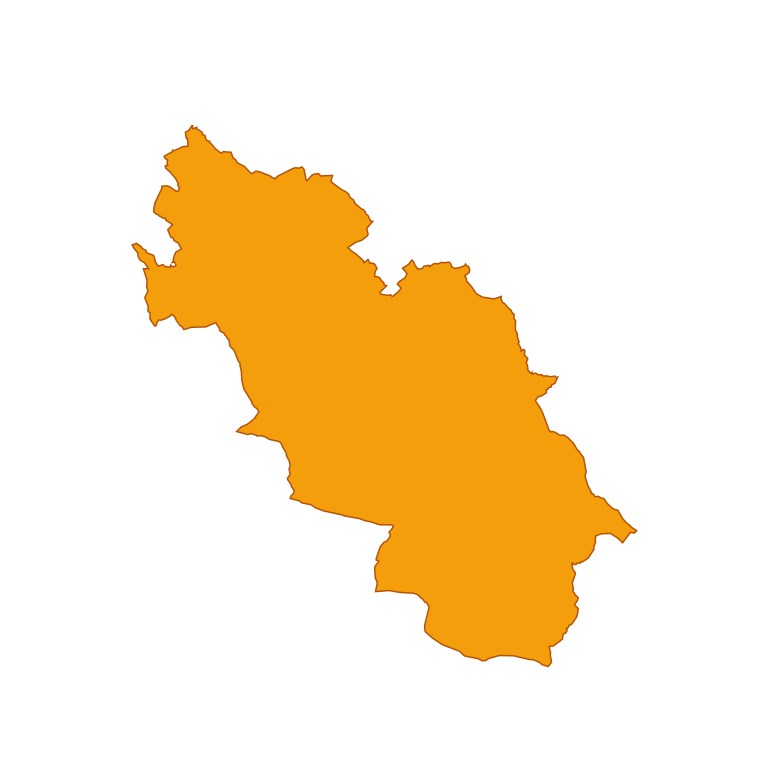 outline of Ski nor, Akershus, Norway, rotated 139°
{"feature_id": "86288312B53332495919573", "entity_name": "Ski nor", "entity_type": "district", "adm_level": 2, "iso_a3": "NOR", "parent_name": "Norway", "parent_adm1": "Akershus", "projection": "albers", "projection_center": [10.885, 59.725], "detail": "fine", "context": "isolated", "style": "filled", "palette": "amber", "viewbox_px": 768, "rotation_deg": 139, "n_neighbors": 0, "source": "geoboundaries", "source_scale": "gbopen_adm2", "svg_char_len": 6139}
<svg xmlns="http://www.w3.org/2000/svg" viewBox="0 0 768 768"><g transform="rotate(139 384 384)"><path d="M445.4,63.0L440.1,64.1L436.1,70.7L434.7,71.7L431.6,77.5L428.1,75.2L416.7,74.4L412.6,77.8L410.2,76.8L407.7,77.8L406.4,79.2L406.8,79.7L406.5,80.0L404.5,79.4L402.8,80.4L400.4,79.5L396.4,80.4L391.7,81.7L386.6,85.2L386.3,86.3L384.7,86.9L385.2,92.1L384.8,92.6L380.7,93.4L377.7,95.2L378.1,99.8L377.4,101.5L377.6,103.6L375.6,104.9L372.4,110.4L364.1,115.1L363.4,116.3L362.9,120.7L359.8,125.3L358.8,125.1L359.2,123.9L357.7,121.8L355.9,122.1L353.0,120.0L351.8,120.7L350.8,119.5L344.1,118.7L334.2,121.4L332.4,123.5L327.9,125.9L327.8,126.7L323.9,130.4L318.6,128.6L311.1,122.6L308.6,114.2L308.1,107.6L295.8,110.2L294.4,109.5L293.1,107.4L289.6,107.5L291.4,114.5L291.1,115.4L292.1,120.1L292.2,125.8L290.3,135.4L292.6,138.7L293.5,141.8L293.9,147.3L293.2,153.4L295.1,155.7L296.0,158.7L298.5,160.4L298.7,161.6L298.2,164.0L299.1,165.4L298.0,168.0L297.0,173.1L293.0,182.2L288.8,185.4L281.6,197.7L281.4,202.6L280.8,204.6L281.3,206.6L281.1,208.7L279.9,215.0L280.5,223.9L281.0,224.2L281.5,227.1L285.0,230.1L286.2,234.4L287.5,237.1L289.8,238.6L289.5,239.6L289.9,240.4L282.9,259.0L281.8,263.5L280.8,271.4L280.2,272.4L275.8,273.3L273.5,271.8L267.7,270.8L266.3,271.5L265.5,273.3L263.4,272.6L262.1,273.3L259.7,272.1L258.8,273.3L254.4,272.4L248.3,275.3L249.8,275.9L250.1,277.1L249.8,277.8L253.4,280.1L256.6,284.2L258.0,284.6L258.9,286.6L258.8,287.5L261.5,289.6L262.3,292.3L263.5,293.6L264.9,293.8L265.2,294.6L264.7,295.5L265.8,294.9L266.0,296.8L266.6,297.4L266.2,298.2L266.3,300.8L265.4,301.1L263.3,304.4L262.9,306.6L258.8,308.9L259.0,313.7L255.7,317.0L255.8,318.3L258.7,319.0L258.0,319.5L256.6,323.8L256.4,326.4L254.7,326.8L252.5,331.9L250.5,334.4L249.2,338.9L243.3,345.3L242.7,348.7L240.1,351.1L240.4,353.2L240.8,353.2L239.7,356.3L240.3,360.0L240.2,365.5L241.1,367.5L239.7,371.9L238.1,373.1L245.2,376.1L252.7,385.0L255.1,391.6L254.1,399.6L254.1,407.8L252.6,409.6L252.1,412.6L246.7,412.3L244.5,413.8L243.2,416.7L244.0,419.7L243.8,421.0L245.4,420.4L250.1,422.0L254.8,424.8L256.0,427.9L254.8,430.8L254.8,433.1L259.7,436.6L260.5,438.0L264.0,439.0L267.3,442.1L272.8,442.7L272.2,444.1L276.7,446.7L280.0,446.1L283.1,448.9L282.6,453.7L281.5,456.7L281.6,459.2L287.3,458.2L294.1,459.2L294.2,452.2L298.5,450.3L305.5,451.3L308.0,450.7L308.5,450.4L308.1,448.0L308.4,445.0L312.2,444.3L319.8,444.3L320.4,445.3L320.4,447.0L322.8,448.3L327.1,453.3L327.2,455.3L326.0,455.9L317.5,456.4L318.8,458.6L317.8,460.8L318.2,464.2L317.5,466.0L317.8,468.0L320.6,471.5L316.5,474.9L313.5,475.7L312.4,480.6L313.7,483.1L315.3,484.3L314.4,488.4L319.6,488.6L318.7,491.1L319.9,500.5L321.4,506.1L321.6,509.3L322.0,509.7L321.7,510.7L312.2,509.4L306.6,507.1L299.1,506.7L297.6,507.7L295.0,512.8L285.8,514.1L287.2,515.8L285.6,521.5L286.2,523.9L285.2,526.4L285.0,528.5L286.2,531.2L287.4,538.9L286.3,542.7L287.3,547.3L286.2,550.0L286.5,553.5L288.6,559.1L291.1,570.2L290.7,572.2L286.0,575.2L295.5,582.7L295.2,584.8L295.6,585.9L298.8,588.0L301.0,588.9L308.7,588.0L308.6,589.7L303.6,598.3L303.5,601.6L307.1,603.0L308.6,605.1L310.9,606.3L327.8,610.6L331.5,610.4L333.1,613.5L333.3,615.4L338.7,625.9L341.1,628.7L345.3,629.2L346.3,631.4L346.6,639.8L349.6,647.3L348.8,650.1L349.5,653.8L347.4,659.3L353.1,664.9L355.4,664.9L355.9,666.6L356.9,672.1L356.8,679.1L357.3,680.6L356.3,681.6L357.2,682.3L357.9,684.5L357.2,687.5L356.2,688.2L356.3,689.5L357.4,691.4L356.3,692.7L356.2,693.8L357.3,697.9L358.3,699.5L356.9,700.5L360.9,702.2L360.0,704.1L359.0,704.4L359.6,705.0L365.1,703.4L368.7,704.4L371.9,699.4L372.0,698.5L371.2,698.4L375.7,692.0L379.9,695.0L388.7,697.5L390.2,699.2L391.2,698.2L400.5,700.1L401.1,698.1L400.6,694.9L403.2,692.5L403.7,690.8L406.0,692.1L407.1,690.3L406.4,684.3L406.5,675.6L407.9,670.1L409.2,669.5L409.7,666.4L412.2,664.6L414.4,665.7L416.3,673.4L417.5,675.7L421.8,679.0L423.5,677.3L438.4,670.8L439.3,669.4L440.2,669.4L444.0,666.1L444.9,664.7L444.5,664.1L444.6,661.9L443.5,660.2L443.4,657.9L442.6,657.0L442.3,654.7L440.3,652.4L440.5,651.2L441.3,650.9L439.0,643.1L446.1,642.2L448.6,634.4L447.3,632.4L448.4,630.0L446.7,625.3L448.5,618.7L454.6,620.1L457.5,618.7L461.0,616.6L461.7,615.4L464.1,614.6L462.0,613.4L462.9,610.4L463.7,609.7L466.5,610.9L467.0,613.7L468.8,612.2L472.2,616.4L472.6,619.2L477.1,621.0L476.3,627.0L475.4,627.9L473.5,632.1L477.1,639.1L475.9,640.9L477.6,644.9L477.1,646.5L477.5,647.5L477.3,648.7L478.0,649.7L478.5,652.6L482.9,654.1L483.6,650.8L483.8,644.8L486.0,641.2L486.8,637.4L485.2,632.9L486.0,625.5L490.0,628.8L494.8,617.6L499.6,612.8L501.2,609.0L508.0,606.0L510.6,598.2L513.0,594.9L514.0,594.6L514.4,592.8L513.8,591.2L517.9,586.7L518.6,582.7L518.9,578.0L517.1,577.6L515.8,579.1L512.0,580.1L510.7,578.6L506.7,576.9L501.1,575.6L498.5,575.9L497.8,572.2L498.9,568.4L499.6,562.4L498.7,559.3L499.4,556.7L499.2,556.3L492.2,553.2L481.0,544.0L470.5,540.7L471.2,538.8L471.5,534.5L473.0,531.8L471.4,527.2L472.0,525.1L471.8,524.1L472.5,518.3L475.4,513.7L475.1,507.6L478.8,497.3L479.3,493.5L480.6,492.5L482.8,487.9L488.7,480.3L493.0,472.3L495.5,457.2L496.4,456.0L496.7,451.9L496.0,448.6L496.6,445.1L504.7,442.9L513.9,443.3L519.7,445.2L526.4,444.8L520.0,435.3L516.7,433.6L514.2,429.5L513.9,428.0L510.7,425.7L508.2,421.8L506.9,417.5L500.7,409.1L500.6,406.6L501.9,402.9L502.9,396.9L503.7,394.8L504.5,394.3L506.3,387.4L508.4,383.9L511.3,382.2L514.3,377.3L518.7,376.2L519.4,375.0L520.4,368.3L521.1,367.5L521.5,363.5L522.1,362.1L524.4,360.6L527.1,360.7L529.9,359.2L524.3,350.9L524.1,348.4L518.4,340.9L516.6,334.8L512.6,327.5L501.6,312.8L500.5,310.5L490.8,298.5L488.3,293.8L483.8,287.7L479.8,280.8L470.8,272.8L470.1,271.3L471.7,269.7L477.5,268.8L478.0,266.2L480.1,264.7L485.3,263.6L487.6,264.6L493.5,263.7L504.8,257.1L505.4,256.2L504.4,254.9L504.4,253.6L510.4,252.3L512.1,250.9L517.6,243.5L519.7,238.1L526.6,232.9L515.5,224.6L508.6,216.1L499.2,207.0L496.8,203.1L496.5,198.2L495.9,196.2L496.3,192.4L495.2,191.2L496.4,185.9L511.8,175.1L514.9,171.0L515.3,169.3L514.1,160.4L511.0,149.0L502.4,132.9L501.6,125.8L493.4,115.3L491.4,110.6L488.7,108.6L485.2,108.2L474.9,103.3L464.5,93.8L455.5,81.3L452.0,77.6L449.3,71.9L448.8,68.4L445.4,63.0Z" fill="#f59e0b" stroke="#b45309" stroke-width="1.5"/></g></svg>